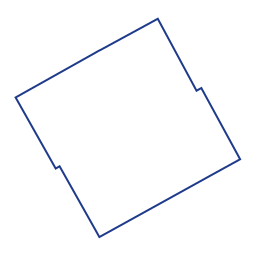 outline of Stutsman, North Dakota, United States of America, rotated 151°
{"feature_id": "52423323B9912290141920", "entity_name": "Stutsman", "entity_type": "district", "adm_level": 2, "iso_a3": "USA", "parent_name": "United States of America", "parent_adm1": "North Dakota", "projection": "orthographic", "projection_center": [-98.962, 46.979], "detail": "fine", "context": "isolated", "style": "outline", "palette": "blue", "viewbox_px": 256, "rotation_deg": 151, "n_neighbors": 0, "source": "geoboundaries", "source_scale": "gbopen_adm2", "svg_char_len": 322}
<svg xmlns="http://www.w3.org/2000/svg" viewBox="0 0 256 256"><g transform="rotate(151 128 128)"><path d="M45.1,46.3L44.5,127.4L50.0,127.4L49.0,209.1L114.8,209.6L115.4,209.7L211.5,209.2L210.9,127.6L206.4,127.7L206.0,66.6L205.9,46.5L200.9,46.5L79.1,46.4L45.1,46.3Z" fill="none" stroke="#1e3a8a" stroke-width="2"/></g></svg>